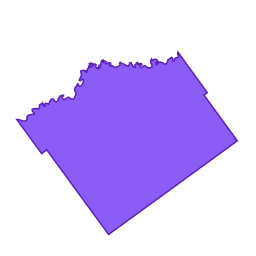 Jones, South Dakota, United States of America (Mercator projection), rotated 144°
{"feature_id": "52423323B31695070562540", "entity_name": "Jones", "entity_type": "district", "adm_level": 2, "iso_a3": "USA", "parent_name": "United States of America", "parent_adm1": "South Dakota", "projection": "mercator", "projection_center": [-100.738, 43.939], "detail": "fine", "context": "isolated", "style": "filled", "palette": "violet", "viewbox_px": 256, "rotation_deg": 144, "n_neighbors": 0, "source": "geoboundaries", "source_scale": "gbopen_adm2", "svg_char_len": 2697}
<svg xmlns="http://www.w3.org/2000/svg" viewBox="0 0 256 256"><g transform="rotate(144 128 128)"><path d="M206.3,53.3L47.1,53.4L47.2,109.9L43.1,110.0L43.0,160.0L44.5,158.5L44.7,157.1L44.9,155.7L45.8,155.7L47.2,156.4L48.9,156.7L50.3,155.8L51.6,155.1L51.7,155.5L52.1,156.1L51.7,157.3L50.9,157.8L51.1,159.4L51.9,159.7L53.3,159.5L55.4,159.7L57.7,158.2L59.0,157.3L61.4,158.6L61.2,159.9L62.5,161.6L64.2,163.3L66.2,162.8L67.6,162.4L67.7,163.2L67.0,164.5L65.5,164.3L64.4,165.1L64.5,166.1L65.6,167.8L66.7,168.2L68.0,167.8L68.5,169.4L68.4,170.0L69.7,169.4L71.2,167.5L71.8,164.6L73.0,163.1L75.2,163.9L76.6,165.3L77.5,168.3L79.8,168.9L81.2,168.9L82.2,170.3L81.9,171.4L80.3,171.5L79.8,170.9L79.2,172.2L80.6,173.3L82.1,173.2L82.9,174.4L81.8,174.6L81.8,175.4L82.6,175.6L85.6,174.8L86.4,172.8L87.7,173.8L87.7,175.5L87.3,177.6L87.1,179.1L88.4,179.7L89.3,178.8L91.3,177.7L92.5,179.2L94.2,182.9L95.6,184.7L95.5,185.6L96.7,185.6L96.8,184.7L97.7,183.4L99.5,183.6L101.7,184.1L103.6,185.5L103.6,186.5L104.3,188.2L105.7,188.0L106.2,189.2L105.9,190.1L104.6,189.9L103.8,190.8L104.7,191.8L105.8,192.4L106.8,192.4L107.8,192.6L108.1,193.4L107.4,194.5L106.9,194.4L107.1,195.2L108.5,195.9L109.8,195.6L109.8,196.4L108.5,196.7L107.9,196.5L108.0,197.6L109.8,198.0L112.9,195.3L113.9,195.6L115.0,195.5L115.4,194.8L114.9,194.1L114.4,193.8L115.0,193.2L115.8,194.1L116.8,194.6L117.2,194.0L117.2,193.6L117.9,193.8L118.0,194.9L118.1,196.8L116.8,197.7L117.0,199.1L118.3,199.9L119.7,202.4L121.6,202.7L121.9,201.1L119.8,200.4L119.4,199.3L120.3,199.0L121.0,198.8L122.5,199.4L122.9,200.4L123.0,201.2L123.5,201.3L123.9,200.6L124.5,199.4L125.9,199.7L127.5,198.7L127.9,197.6L128.3,197.3L129.0,197.6L129.2,198.7L128.8,199.2L129.7,200.5L130.8,201.3L131.7,201.5L132.8,201.9L133.7,200.0L134.4,198.3L136.3,197.1L138.6,195.9L139.4,195.1L138.7,194.2L137.7,194.3L136.4,194.4L135.8,193.2L137.0,191.7L138.8,190.2L141.6,189.8L143.0,191.0L143.0,192.6L142.4,192.8L142.9,193.4L144.6,192.3L147.3,191.7L149.2,189.6L149.2,187.0L151.2,185.3L152.8,184.5L153.5,183.8L155.3,183.5L156.7,184.6L158.1,188.0L160.9,188.4L163.3,188.6L163.5,189.8L163.6,190.8L162.7,192.4L161.5,191.8L160.9,192.3L161.3,192.8L162.1,193.2L164.3,193.8L167.6,192.5L168.7,191.1L171.0,191.4L171.5,193.4L171.4,195.3L172.6,196.3L174.4,196.1L176.4,195.0L178.2,193.8L178.8,194.8L180.0,196.4L181.5,196.4L182.0,195.6L181.8,194.5L182.9,194.6L183.4,195.7L182.9,197.3L182.3,198.6L183.0,198.4L186.0,198.7L187.3,197.0L189.1,195.8L190.2,197.2L193.0,199.2L194.8,199.3L195.5,197.6L195.1,195.4L195.3,194.4L196.6,195.0L198.6,195.8L201.3,197.0L203.9,195.9L204.6,194.1L206.8,193.9L208.6,195.1L211.4,199.0L213.0,200.3L212.9,158.0L206.6,158.1L206.3,53.3Z" fill="#8b5cf6" stroke="#5b21b6" stroke-width="1.5"/></g></svg>